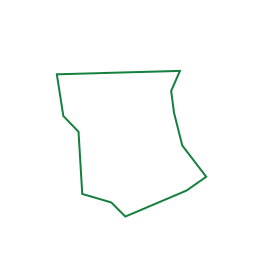 Christ Church Nichola Town, Robinson projection, rotated 325°
{"feature_id": "KNA-5099", "entity_name": "Christ Church Nichola Town", "entity_type": "Parish", "adm_level": 1, "iso_a3": "KNA", "parent_name": "Saint Kitts and Nevis", "parent_adm1": "", "projection": "robinson", "projection_center": [-62.761, 17.359], "detail": "fine", "context": "isolated", "style": "outline", "palette": "green", "viewbox_px": 256, "rotation_deg": 325, "n_neighbors": 0, "source": "natural_earth", "source_scale": "10m", "svg_char_len": 314}
<svg xmlns="http://www.w3.org/2000/svg" viewBox="0 0 256 256"><g transform="rotate(325 128 128)"><path d="M100.5,43.2L203.3,111.0L184.6,122.4L174.4,142.0L162.4,173.5L164.1,212.8L140.1,212.8L75.0,199.0L71.6,179.4L52.7,155.8L85.3,102.7L81.9,81.1L100.5,43.2Z" fill="none" stroke="#15803d" stroke-width="2"/></g></svg>